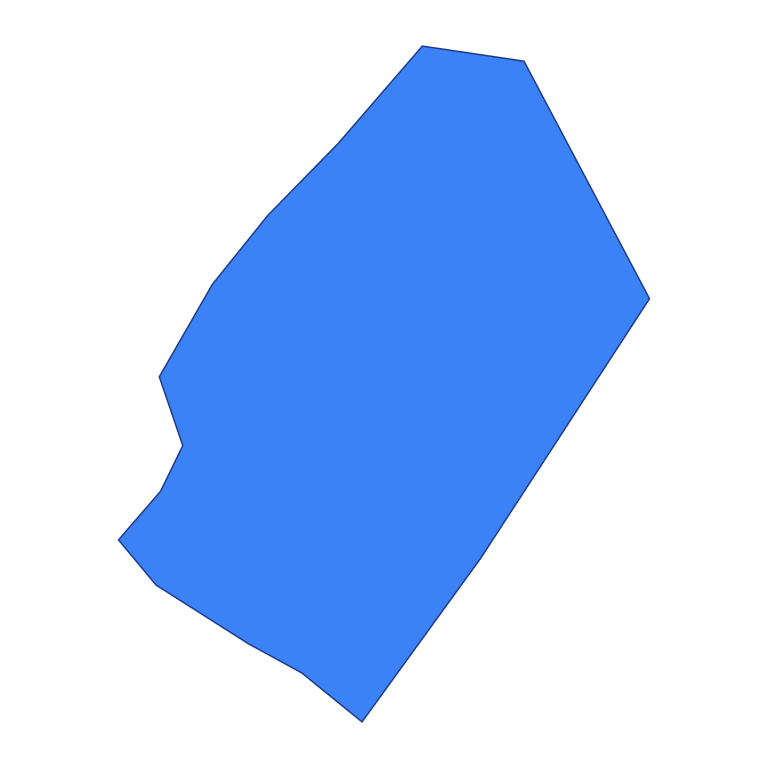 outline of Tushaka, Al Wadi at Jadid, Egypt
{"feature_id": "37247803B52387591644217", "entity_name": "Tushaka", "entity_type": "district", "adm_level": 2, "iso_a3": "EGY", "parent_name": "Egypt", "parent_adm1": "Al Wadi at Jadid", "projection": "mercator", "projection_center": [31.641, 22.865], "detail": "fine", "context": "isolated", "style": "filled", "palette": "blue", "viewbox_px": 768, "rotation_deg": 0, "n_neighbors": 0, "source": "geoboundaries", "source_scale": "gbopen_adm2", "svg_char_len": 322}
<svg xmlns="http://www.w3.org/2000/svg" viewBox="0 0 768 768"><path d="M481.0,557.8L649.5,298.7L524.0,61.2L422.3,46.1L338.3,143.3L267.9,215.3L212.4,284.3L159.3,376.8L182.8,445.6L160.6,491.2L118.5,539.9L156.1,585.1L248.3,643.7L301.7,672.9L362.0,721.9L481.0,557.8Z" fill="#3b82f6" stroke="#1e3a8a" stroke-width="1.5"/></svg>